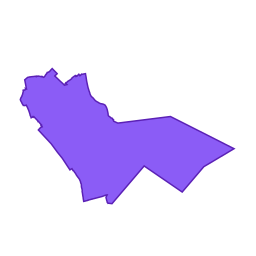 the district of Medemblik, Noord-Holland, Netherlands, rotated 78°
{"feature_id": "6326949B12217524678561", "entity_name": "Medemblik", "entity_type": "district", "adm_level": 2, "iso_a3": "NLD", "parent_name": "Netherlands", "parent_adm1": "Noord-Holland", "projection": "mercator", "projection_center": [5.083, 52.79], "detail": "fine", "context": "isolated", "style": "filled", "palette": "violet", "viewbox_px": 256, "rotation_deg": 78, "n_neighbors": 0, "source": "geoboundaries", "source_scale": "gbopen_adm2", "svg_char_len": 4745}
<svg xmlns="http://www.w3.org/2000/svg" viewBox="0 0 256 256"><g transform="rotate(78 128 128)"><path d="M201.9,88.3L181.6,61.9L170.3,28.6L137.0,69.9L125.6,84.1L121.1,136.9L118.4,140.6L118.1,140.6L117.2,140.6L116.9,140.9L116.8,140.6L116.0,141.1L115.4,141.3L115.2,141.4L115.0,141.7L114.8,142.1L114.6,142.5L114.4,142.7L114.0,142.9L113.6,143.2L112.5,144.2L112.2,144.5L111.5,144.7L110.3,144.6L109.6,144.5L106.7,144.5L105.8,144.5L104.0,144.7L102.7,145.0L100.9,145.6L100.4,146.2L99.8,146.8L99.2,147.9L98.5,149.6L98.3,150.0L98.0,150.4L97.5,151.1L97.0,151.5L95.4,153.4L95.0,153.7L94.7,154.0L94.4,154.3L92.7,155.2L92.0,155.6L91.2,156.0L90.7,156.4L89.7,157.2L89.5,157.3L89.3,157.4L87.7,157.9L87.0,158.0L86.6,158.1L86.3,158.1L85.6,158.1L84.8,158.2L84.2,158.3L83.4,158.4L82.1,158.5L79.9,158.7L78.8,158.7L77.9,158.7L73.7,158.7L70.6,158.5L68.6,158.4L67.7,158.4L66.0,158.3L65.9,162.0L65.7,162.2L65.8,162.3L65.9,162.5L66.0,162.7L66.1,162.9L66.3,163.2L66.5,163.3L66.7,163.6L66.8,163.8L66.8,164.2L66.7,164.2L65.2,164.9L65.5,165.3L65.9,166.0L66.0,166.1L66.1,166.4L66.2,166.5L66.3,166.7L66.3,166.8L66.6,167.0L66.8,167.4L66.8,167.6L65.9,168.1L66.1,168.5L66.3,168.6L65.8,168.9L66.2,169.6L66.2,169.8L66.3,170.0L67.1,171.9L67.2,172.1L67.3,172.3L67.5,172.4L67.6,172.5L68.0,172.8L68.8,174.3L68.9,174.5L69.3,175.8L69.6,176.3L69.8,177.2L69.9,177.4L70.0,177.5L70.6,178.4L71.0,178.9L71.0,179.0L71.2,179.3L70.9,179.5L71.1,179.7L71.2,179.8L71.2,179.7L72.8,178.7L72.8,179.0L72.8,179.3L72.8,179.5L72.8,180.0L72.9,180.3L72.9,180.5L72.8,180.8L72.9,181.3L70.7,182.7L68.5,184.3L64.8,186.8L61.9,188.8L61.5,188.3L60.7,186.7L60.1,186.0L54.1,189.8L54.6,190.5L55.3,191.6L56.3,192.8L56.4,193.1L56.5,193.3L56.6,193.6L56.7,193.8L56.8,193.8L56.9,194.0L56.9,194.3L56.8,194.5L56.9,194.8L56.9,195.3L57.0,195.3L57.1,195.6L57.3,195.7L57.3,195.8L57.8,196.2L57.8,196.3L58.1,196.6L58.3,196.8L58.5,196.9L58.5,197.0L58.7,197.3L58.8,197.4L59.0,197.6L59.3,198.0L59.6,198.1L59.8,198.3L60.0,198.5L60.2,198.8L60.3,198.9L60.5,199.2L60.7,199.5L60.8,199.7L60.9,200.0L59.8,201.2L60.1,201.3L58.7,204.6L58.5,205.1L58.7,205.3L58.6,205.7L58.5,205.8L58.5,206.2L58.6,206.4L58.7,206.6L58.7,207.0L58.4,207.0L58.2,207.0L58.2,207.8L58.1,208.2L58.1,208.5L58.0,209.7L57.7,212.2L57.7,213.1L57.6,213.4L57.7,213.5L57.6,215.3L57.6,215.5L57.9,216.2L58.5,217.3L59.4,219.0L68.7,219.2L68.3,220.0L68.2,220.1L68.6,220.1L68.9,220.3L69.0,220.3L69.1,220.6L69.3,220.9L69.4,221.0L69.5,221.5L69.4,221.7L69.4,221.8L69.2,221.9L69.2,222.4L69.2,222.7L69.6,222.8L69.8,222.7L70.0,222.7L70.4,222.8L71.0,223.1L71.3,223.3L72.0,223.6L72.6,223.9L73.3,224.2L73.6,224.4L74.0,224.8L74.4,225.0L74.9,225.3L75.1,225.4L75.2,225.6L75.7,225.9L75.9,226.0L76.0,226.2L76.0,226.3L77.0,227.0L77.5,227.2L77.7,227.4L78.1,227.4L79.0,227.3L81.2,226.6L81.6,226.6L82.0,226.5L83.6,225.9L84.2,225.7L84.2,225.4L84.2,225.2L84.3,225.0L84.5,224.7L84.6,224.4L84.7,224.2L84.5,223.2L84.5,222.7L86.4,222.3L86.5,222.2L90.1,221.5L91.6,221.3L94.6,221.0L94.8,221.1L95.7,221.0L95.8,220.9L97.1,220.7L97.9,220.6L97.4,219.1L97.2,218.9L97.8,218.5L97.3,217.8L102.3,214.7L102.3,214.8L102.9,214.7L102.8,214.4L105.5,212.9L105.7,212.7L106.1,212.6L107.0,212.0L107.2,212.6L107.9,212.4L107.9,212.2L108.6,211.8L109.0,211.7L109.1,212.6L109.2,213.0L109.3,213.1L109.6,213.7L109.8,214.1L109.9,214.3L110.7,215.3L111.3,216.1L127.5,206.4L137.2,202.0L143.9,198.6L153.1,195.0L156.9,193.5L156.7,193.1L156.3,191.9L156.1,191.3L157.3,190.9L157.7,190.7L157.9,190.7L158.1,190.7L158.3,190.6L158.4,190.3L158.4,190.2L158.5,190.1L158.8,190.0L159.2,189.8L160.1,189.5L160.3,189.4L160.7,189.2L161.1,189.0L161.2,188.9L163.5,188.2L163.8,188.1L164.4,187.8L164.7,187.7L164.9,187.5L165.3,187.4L165.6,187.3L166.5,186.8L166.8,186.7L167.0,186.6L167.7,186.3L167.9,186.2L168.2,186.1L168.4,186.1L168.8,186.0L170.8,185.6L171.5,185.7L172.3,185.6L172.5,185.5L172.7,185.4L173.1,185.4L173.4,185.4L174.3,185.5L175.2,185.7L176.2,185.8L177.0,185.8L177.4,185.7L177.9,185.7L178.3,185.7L179.4,185.7L179.9,185.9L180.3,186.0L180.7,186.1L181.3,186.1L182.1,186.1L183.5,186.2L185.3,186.3L186.4,186.3L187.2,186.4L188.4,186.5L189.3,186.5L189.6,186.5L190.0,186.6L190.6,186.6L190.6,186.3L190.6,185.9L190.6,185.5L190.6,185.1L190.5,184.9L190.5,184.4L190.5,183.6L190.5,183.1L190.5,182.6L190.4,182.1L190.4,181.9L190.3,181.7L190.2,181.7L190.2,180.8L190.2,180.2L190.2,179.9L190.1,179.3L190.1,179.0L190.1,178.8L190.1,178.5L190.0,178.0L190.1,177.5L190.0,177.4L190.0,176.7L190.0,175.7L189.9,174.5L189.9,174.2L189.6,167.4L189.4,166.1L189.3,165.5L189.1,164.3L189.0,162.9L189.1,162.3L189.5,162.6L189.8,162.9L190.7,163.6L191.2,163.9L191.5,164.0L191.8,164.0L193.1,163.9L194.6,163.9L195.7,163.7L196.3,163.8L196.6,163.7L197.0,163.4L197.3,163.2L197.5,163.2L197.5,162.8L198.7,159.4L168.5,120.1L201.9,88.3Z" fill="#8b5cf6" stroke="#5b21b6" stroke-width="1.5"/></g></svg>